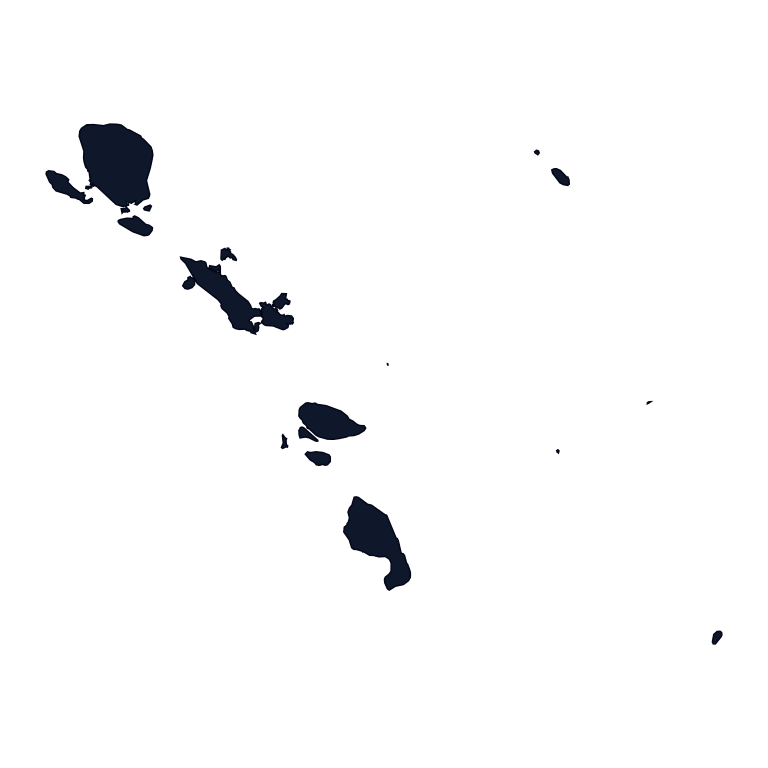 Wakatobi, Sulawesi Tenggara, Indonesia
{"feature_id": "22746128B42553963392557", "entity_name": "Wakatobi", "entity_type": "district", "adm_level": 2, "iso_a3": "IDN", "parent_name": "Indonesia", "parent_adm1": "Sulawesi Tenggara", "projection": "albers", "projection_center": [123.878, -5.686], "detail": "fine", "context": "isolated", "style": "filled", "palette": "ink", "viewbox_px": 768, "rotation_deg": 0, "n_neighbors": 0, "source": "geoboundaries", "source_scale": "gbopen_adm2", "svg_char_len": 6088}
<svg xmlns="http://www.w3.org/2000/svg" viewBox="0 0 768 768"><path d="M117.0,124.3L109.9,124.1L103.4,125.7L93.7,124.6L86.7,124.8L81.5,128.3L79.8,131.2L79.2,136.4L84.0,151.2L83.6,158.0L84.2,162.1L85.7,167.1L88.4,170.2L87.8,170.5L88.1,171.4L89.2,171.8L89.7,176.2L90.6,177.3L89.9,177.6L90.4,179.3L89.3,180.3L91.0,182.5L90.3,184.4L92.3,185.7L93.5,183.9L94.1,185.1L93.6,186.0L94.5,185.5L96.8,186.4L116.1,204.4L123.5,206.8L124.5,206.0L126.0,206.6L127.2,205.4L128.5,205.2L128.4,203.9L127.4,204.3L126.5,203.1L126.6,201.5L131.3,203.2L136.0,200.3L135.2,201.3L135.7,203.9L135.1,204.3L137.0,205.0L143.0,199.9L148.3,198.3L149.4,195.9L149.7,194.2L146.4,180.6L150.2,168.2L152.0,159.8L152.8,155.2L152.3,151.0L150.9,146.9L143.5,139.3L141.6,138.1L140.6,136.0L129.2,129.9L127.3,129.6L121.3,125.1L117.0,124.3ZM348.3,522.1L347.1,523.7L347.2,524.7L344.3,527.2L343.8,532.0L349.3,539.9L351.7,547.7L353.7,549.3L356.7,549.5L362.0,551.1L362.8,552.0L363.9,551.9L369.7,555.3L373.1,555.3L378.9,556.8L385.3,556.5L388.8,558.7L390.0,560.3L391.2,563.3L391.1,571.2L389.1,574.1L385.3,577.2L384.5,579.3L384.7,582.6L387.4,588.8L389.2,590.1L395.5,586.2L403.4,584.5L408.4,580.8L410.3,577.3L410.4,572.8L409.6,569.8L407.5,564.1L406.6,563.3L404.5,555.5L403.1,553.7L401.8,553.6L401.0,552.6L398.3,540.9L397.3,538.6L396.1,538.1L386.6,515.2L384.9,514.7L371.5,505.2L367.6,504.3L358.5,497.5L356.4,496.9L354.2,497.2L351.9,505.1L349.5,508.1L348.0,512.1L349.5,517.9L348.3,522.1ZM191.0,259.3L180.6,257.2L181.0,258.9L185.6,263.4L197.4,283.6L218.0,299.6L221.5,304.0L220.9,305.7L222.0,308.4L227.3,313.1L229.1,316.5L228.8,318.4L232.3,323.8L233.1,327.1L235.3,328.5L239.2,329.4L244.9,329.1L246.8,330.4L250.7,331.3L251.0,332.6L255.5,334.0L253.5,329.9L253.2,326.0L251.3,322.0L249.7,321.8L249.1,320.0L254.5,316.1L260.7,316.0L261.1,312.8L259.1,308.9L257.4,309.2L255.0,308.5L253.8,309.1L251.5,308.4L250.6,305.6L248.0,301.5L238.5,293.9L235.3,290.6L234.1,288.0L232.1,287.3L229.9,282.2L227.4,280.2L226.0,276.5L225.0,275.6L222.7,276.0L220.5,275.1L220.3,273.8L219.0,272.3L214.5,271.7L207.5,267.9L206.7,267.0L205.9,263.0L204.8,261.9L200.9,260.8L195.9,261.9L191.0,259.3ZM308.1,402.8L305.8,403.1L300.3,407.5L299.3,409.6L298.9,416.0L300.6,418.6L302.0,419.5L303.3,422.9L306.5,425.6L307.3,428.2L309.2,428.8L316.1,435.2L319.1,436.8L327.4,439.1L333.2,439.3L338.5,438.6L346.6,436.9L348.5,435.9L354.0,435.5L358.6,434.0L364.1,430.6L365.7,428.1L364.2,425.8L359.6,425.5L356.7,424.2L353.0,421.2L348.9,419.1L347.4,416.3L341.1,411.2L326.2,405.7L317.2,404.4L315.2,403.1L312.1,403.7L308.1,402.8ZM56.3,173.6L54.0,171.5L48.6,170.8L46.5,172.0L46.1,174.0L49.7,182.1L52.1,184.4L52.9,187.4L56.1,190.9L67.2,194.2L70.1,195.9L70.7,197.3L76.3,198.1L77.6,199.1L79.2,199.3L83.9,203.2L89.0,203.3L92.2,201.2L92.4,198.8L91.4,198.2L87.3,200.6L84.3,200.1L84.2,197.9L85.2,195.4L83.7,194.4L83.8,192.6L80.2,193.1L73.0,187.6L68.3,182.7L67.8,181.8L68.7,179.7L65.6,176.8L61.7,174.8L56.3,173.6ZM265.5,302.3L263.4,303.2L260.9,302.6L259.7,303.3L261.2,306.2L263.7,307.5L261.9,308.6L261.3,310.1L262.2,313.5L261.5,316.4L263.7,318.8L261.6,321.5L261.7,322.4L264.0,324.6L265.7,325.4L273.2,325.9L282.7,329.6L284.4,329.4L287.8,327.5L288.4,325.5L287.2,323.5L290.2,324.1L292.1,323.2L292.3,323.8L293.3,322.7L292.8,322.1L293.3,318.4L291.5,316.0L287.0,315.5L285.3,316.5L284.0,314.6L283.3,315.4L280.2,314.9L278.5,312.8L277.0,312.2L276.8,311.5L277.5,311.4L277.6,310.6L277.0,309.2L275.7,308.4L274.1,309.4L271.2,306.8L270.6,304.9L269.0,304.0L266.7,305.3L265.5,302.3ZM138.2,217.7L134.6,216.0L133.2,216.8L133.3,218.6L127.1,218.2L120.5,219.5L118.4,220.5L118.2,221.8L119.7,223.9L132.8,231.7L144.0,235.7L147.8,235.2L149.3,234.3L152.1,230.4L152.5,227.7L149.3,225.3L145.7,224.4L138.2,217.7ZM322.6,452.5L315.8,451.8L310.7,452.6L307.5,451.9L305.3,454.2L310.2,459.9L314.4,462.4L316.4,464.8L319.5,465.3L322.9,464.3L324.7,465.2L327.4,464.8L330.3,461.5L330.3,456.9L329.0,454.9L322.6,452.5ZM566.7,177.1L560.4,170.5L556.4,168.7L553.9,168.9L551.8,169.9L552.6,173.2L560.0,182.9L563.4,184.6L567.8,185.4L569.2,184.2L569.0,179.9L567.8,177.0L566.7,177.1ZM285.5,298.6L286.4,293.8L281.7,293.6L280.3,295.8L275.7,300.0L273.9,300.8L273.2,302.3L274.1,304.2L272.8,304.4L272.4,306.0L273.6,306.6L274.0,306.1L279.1,308.1L279.9,309.0L281.7,308.1L284.7,304.1L285.9,303.6L287.9,304.5L289.0,304.2L289.9,302.1L289.7,300.8L287.8,300.7L287.4,299.5L285.5,298.6ZM317.8,440.3L303.5,427.6L301.9,427.1L300.4,427.6L298.9,430.6L299.2,435.3L300.1,437.9L305.2,437.0L308.9,437.7L315.8,441.1L317.8,441.1L317.8,440.3ZM228.5,248.8L228.5,248.2L227.2,248.2L227.5,249.7L226.4,250.0L224.8,248.5L221.4,250.1L221.0,258.9L222.2,260.2L223.7,259.0L224.9,259.3L225.8,257.7L228.2,256.0L230.2,257.9L232.2,257.5L233.0,259.5L236.2,260.4L236.4,259.4L235.1,257.1L232.8,254.5L230.6,253.6L230.5,251.8L229.4,250.2L230.0,249.6L228.5,248.8ZM192.0,287.6L194.5,284.7L194.7,280.9L193.3,278.3L190.7,277.5L190.3,276.5L187.9,277.7L188.2,279.7L184.8,281.8L182.7,285.8L185.0,288.5L187.9,289.1L192.0,287.6ZM715.4,643.9L721.2,636.6L721.9,634.8L721.6,632.5L720.1,631.3L717.1,631.5L713.8,634.4L712.4,642.0L713.3,643.9L715.4,643.9ZM220.3,266.4L219.2,264.8L216.2,266.9L209.7,265.7L209.3,267.3L215.6,271.6L218.0,269.7L220.3,272.2L220.3,266.4ZM287.7,445.8L286.3,444.6L286.0,440.2L286.6,438.7L285.1,437.8L282.9,434.7L282.4,435.5L283.3,443.1L281.5,447.4L282.6,448.4L286.0,446.8L287.4,447.1L287.7,445.8ZM258.4,322.6L255.2,323.5L254.5,329.2L254.8,330.5L256.1,331.8L258.0,330.8L258.7,327.7L258.3,324.8L260.4,323.3L258.4,322.6ZM149.2,210.9L151.4,206.2L150.1,205.1L144.8,207.1L143.7,208.6L144.5,209.9L149.2,210.9ZM129.4,210.3L126.8,207.7L123.7,208.8L121.2,208.7L122.1,213.1L122.9,212.1L123.9,212.0L123.6,211.3L125.0,212.0L125.0,211.2L126.4,211.1L127.1,212.1L129.4,211.2L129.4,210.3ZM539.2,152.9L538.6,151.1L537.7,150.6L536.5,150.3L534.6,151.8L535.0,152.8L537.8,154.7L539.2,152.9ZM91.1,186.4L86.1,186.4L85.8,188.4L88.3,189.1L89.3,188.0L91.3,187.8L91.1,186.4ZM558.4,453.0L559.0,450.9L558.0,449.8L556.7,450.6L557.1,452.0L558.4,453.0ZM647.3,403.8L648.6,403.2L650.8,401.7L648.9,401.8L647.4,402.7L647.3,403.8ZM388.1,365.7L387.9,364.0L387.0,363.3L388.1,365.7Z" fill="#0f172a" stroke="#020617" stroke-width="1.5"/></svg>